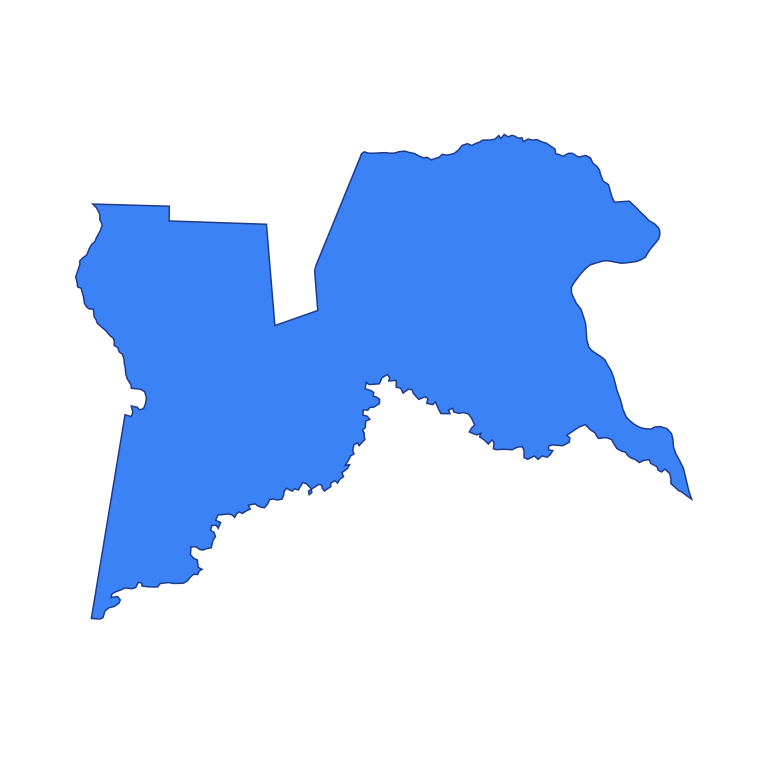 outline of Britânia, Goiás, Brazil, rotated 95°
{"feature_id": "56859067B24733519848985", "entity_name": "Britânia", "entity_type": "district", "adm_level": 2, "iso_a3": "BRA", "parent_name": "Brazil", "parent_adm1": "Goiás", "projection": "mercator", "projection_center": [-51.172, -15.205], "detail": "fine", "context": "isolated", "style": "filled", "palette": "blue", "viewbox_px": 768, "rotation_deg": 95, "n_neighbors": 0, "source": "geoboundaries", "source_scale": "gbopen_adm2", "svg_char_len": 5250}
<svg xmlns="http://www.w3.org/2000/svg" viewBox="0 0 768 768"><g transform="rotate(95 384 384)"><path d="M180.5,155.7L182.8,170.2L178.7,172.8L165.8,177.8L162.7,183.4L156.1,186.7L152.2,187.9L148.7,190.9L146.0,195.0L140.8,198.1L138.8,202.9L141.0,210.1L137.8,216.3L138.1,220.2L141.6,225.6L140.0,229.9L139.8,233.1L135.1,234.1L129.9,243.3L129.2,247.5L127.2,252.9L128.1,256.8L127.4,261.8L130.4,266.3L126.8,268.0L127.4,272.1L125.7,275.2L125.1,278.4L127.0,281.8L124.9,285.9L129.4,289.1L126.5,291.3L130.4,294.8L131.7,299.7L132.4,307.0L134.6,309.7L136.3,313.5L138.8,317.4L137.3,321.7L139.7,327.3L143.8,329.7L146.3,332.2L148.5,334.6L150.5,341.4L150.2,346.1L153.4,348.9L154.6,352.1L156.6,356.5L154.4,360.9L155.4,364.1L153.8,369.0L151.8,373.4L151.2,378.8L150.2,383.4L151.2,389.0L153.1,393.9L153.6,399.0L153.4,402.6L154.0,407.4L155.1,415.1L155.4,419.8L154.4,423.8L156.4,426.3L271.9,462.1L277.2,463.0L316.5,456.4L335.3,497.8L267.4,509.5L235.1,515.0L237.7,563.2L240.3,612.3L225.6,613.3L230.1,689.8L233.6,685.7L240.0,681.7L244.7,681.6L249.9,678.6L255.4,679.8L263.8,683.4L267.5,684.5L270.5,687.5L274.8,689.4L281.4,691.4L284.8,695.3L288.0,697.8L291.6,697.4L298.8,699.2L304.3,700.5L308.8,698.8L314.0,697.6L315.0,694.1L323.4,691.0L329.8,689.4L333.2,686.8L334.9,684.2L334.9,680.0L342.4,678.6L344.9,676.5L348.6,674.8L351.7,670.6L355.0,665.9L360.0,660.8L362.2,657.5L365.4,656.3L369.1,656.2L370.9,652.3L374.9,650.7L377.3,647.1L382.5,645.0L386.3,644.5L389.9,643.3L396.6,642.1L401.3,640.2L403.8,638.3L407.0,635.9L410.3,635.3L410.3,631.1L410.4,626.4L412.5,621.7L418.7,619.4L424.6,619.9L429.5,621.5L431.1,625.4L428.6,627.9L428.0,633.9L433.9,631.7L438.5,633.0L437.2,639.3L643.1,655.1L642.9,646.6L641.3,643.6L634.4,642.2L630.9,638.4L629.0,633.2L625.5,629.0L622.1,627.9L618.8,630.9L620.5,637.2L617.0,636.8L614.3,633.0L612.3,628.6L609.7,624.1L609.9,617.2L608.4,613.5L603.0,611.5L603.4,608.1L606.4,607.3L606.6,600.1L605.9,591.8L602.3,589.6L600.6,581.6L601.0,575.9L600.5,571.2L599.8,566.1L597.0,562.5L593.4,560.2L590.2,557.1L590.0,552.9L586.4,551.8L584.5,549.1L582.7,553.1L575.4,554.7L574.5,558.0L571.0,561.9L566.3,562.0L563.1,562.1L562.6,557.1L564.9,553.1L565.2,549.8L563.7,547.0L562.1,541.8L554.7,540.8L550.7,538.6L546.6,540.4L544.9,544.0L540.1,543.2L539.2,538.8L542.2,536.6L536.2,534.7L534.5,539.8L529.0,538.0L527.1,528.2L527.6,523.8L529.9,521.1L526.1,519.6L524.0,517.1L525.3,513.7L522.5,510.3L520.3,506.3L516.5,508.5L514.6,501.9L516.4,499.2L517.4,496.2L517.6,492.2L513.7,489.5L508.9,487.8L508.2,484.0L508.9,480.0L507.4,475.4L503.8,474.4L500.0,474.1L496.4,472.2L497.6,469.2L498.7,466.1L496.1,464.2L497.1,460.0L492.8,458.1L489.1,456.3L490.2,452.5L494.9,447.2L493.1,444.4L489.9,440.7L490.0,437.3L493.2,436.4L495.8,434.1L490.8,428.0L487.7,428.5L484.5,424.5L486.8,421.7L482.5,419.5L479.8,416.2L476.0,418.2L471.4,413.1L467.4,411.3L468.4,415.6L463.7,413.0L458.5,411.0L456.3,407.8L453.2,409.4L447.1,408.7L444.9,405.1L447.6,403.4L443.9,400.7L440.9,398.1L437.9,399.2L434.5,399.4L432.0,401.5L429.0,398.8L422.6,399.0L420.4,395.0L417.4,398.2L416.9,402.4L411.5,402.3L411.5,397.9L408.5,396.0L408.0,392.3L404.0,386.9L399.7,387.0L397.6,390.6L397.0,393.7L393.4,393.5L391.7,396.5L390.5,402.4L384.0,401.9L385.8,398.8L384.2,388.7L377.8,386.4L374.2,381.3L377.6,378.9L380.6,379.5L379.3,372.2L386.2,371.5L386.6,367.1L391.4,364.2L387.0,359.3L387.4,355.3L390.5,354.2L396.3,348.0L393.1,342.1L394.7,339.0L399.5,339.7L400.3,333.6L397.4,331.3L405.2,326.9L408.5,324.7L407.8,315.7L404.2,317.5L402.3,313.4L405.7,312.2L406.7,307.2L405.6,302.5L406.5,297.3L410.3,293.9L416.9,290.1L420.5,293.1L424.3,294.8L425.4,291.7L426.6,286.8L424.6,283.2L428.3,284.2L431.1,279.1L434.7,274.8L430.3,271.7L432.7,269.2L439.0,269.4L439.6,265.9L438.7,260.0L438.4,255.5L438.4,250.8L435.2,245.4L434.4,240.7L437.7,238.8L445.1,238.0L446.5,234.3L442.6,227.8L445.6,224.0L441.9,220.3L442.7,215.0L440.1,212.4L435.6,210.0L435.4,214.1L431.5,214.7L430.0,211.0L429.9,200.4L425.8,194.3L421.4,194.2L419.2,197.5L416.2,193.8L413.9,191.0L409.7,185.7L406.9,179.8L411.5,174.7L414.2,169.6L419.5,165.8L418.0,157.5L419.6,152.3L424.4,149.2L428.0,146.4L430.1,141.7L430.9,137.7L434.2,134.7L436.5,130.7L437.2,127.3L440.0,122.8L437.5,118.6L436.2,113.2L439.9,111.3L442.6,104.8L445.9,103.5L447.5,99.9L444.3,96.7L448.4,91.5L453.8,89.9L458.2,89.5L461.4,85.1L464.4,81.5L465.6,77.9L468.9,72.7L471.9,67.5L464.5,70.8L457.7,73.1L453.6,74.5L450.1,75.6L441.6,78.5L434.0,83.2L428.0,87.2L421.6,90.1L414.2,91.3L408.5,93.2L404.0,97.9L402.3,105.0L403.1,110.2L405.6,114.2L405.8,118.4L405.5,122.9L404.3,127.0L402.1,131.6L398.9,136.3L395.5,140.0L388.7,143.6L380.0,146.7L370.4,151.2L358.3,155.4L351.1,158.9L345.6,162.9L340.5,166.2L337.5,170.9L334.8,176.1L332.3,180.2L329.1,183.3L322.2,185.8L312.0,187.5L306.3,188.4L299.1,191.3L292.5,194.2L286.9,199.4L280.1,203.5L277.0,205.1L271.7,205.8L268.2,204.4L265.1,202.7L261.8,200.6L258.5,198.7L251.7,193.5L247.7,189.4L245.3,184.2L242.3,176.2L241.7,171.7L242.2,166.5L243.0,158.4L242.4,154.2L240.8,146.9L240.0,143.3L237.8,138.7L234.8,134.7L231.1,133.0L226.4,130.5L220.4,126.2L215.7,123.1L211.3,122.2L206.9,122.8L204.3,124.5L200.9,128.3L198.2,134.2L195.0,137.7L191.2,142.5L189.2,145.0L185.4,149.2L183.1,152.3L180.5,155.7ZM494.9,447.2L497.5,449.9L500.8,448.9L498.5,446.5L494.9,447.2Z" fill="#3b82f6" stroke="#1e3a8a" stroke-width="1.5"/></g></svg>